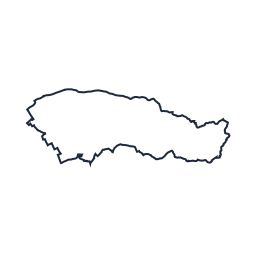 Cornesti, Cluj, Romania (Natural Earth projection), rotated 132°
{"feature_id": "2599482B95174876937173", "entity_name": "Cornesti", "entity_type": "district", "adm_level": 2, "iso_a3": "ROU", "parent_name": "Romania", "parent_adm1": "Cluj", "projection": "natural_earth1", "projection_center": [23.687, 47.03], "detail": "fine", "context": "isolated", "style": "outline", "palette": "slate", "viewbox_px": 256, "rotation_deg": 132, "n_neighbors": 0, "source": "geoboundaries", "source_scale": "gbopen_adm2", "svg_char_len": 5623}
<svg xmlns="http://www.w3.org/2000/svg" viewBox="0 0 256 256"><g transform="rotate(132 128 128)"><path d="M181.8,215.2L182.0,214.3L181.8,214.3L182.8,211.5L183.7,208.4L184.7,204.2L185.0,204.3L185.7,204.3L186.0,204.5L186.2,204.9L186.0,205.4L186.2,205.8L187.2,205.6L187.7,205.8L190.3,206.0L191.2,206.4L192.0,206.3L192.1,203.6L190.1,203.5L190.8,200.4L188.9,199.6L189.5,198.6L189.7,197.6L189.7,196.7L189.7,196.2L190.0,194.1L190.0,193.5L189.9,193.4L190.0,193.3L190.0,193.2L189.5,192.1L189.1,190.9L189.0,189.9L188.3,187.9L188.0,187.1L187.4,186.2L187.7,185.7L188.4,186.1L189.9,186.3L190.3,186.2L190.7,186.3L191.6,186.3L192.2,185.2L193.4,183.3L192.8,182.7L191.9,182.3L193.3,179.2L194.5,176.1L192.8,175.6L191.9,175.1L190.4,174.5L193.1,168.4L191.1,167.5L190.1,167.2L191.0,165.0L191.2,164.2L191.5,163.6L192.1,160.8L192.7,161.0L194.9,162.2L195.8,160.3L198.4,155.6L198.9,154.3L198.3,153.9L195.8,153.1L194.5,152.4L190.9,150.8L190.6,150.3L189.4,149.1L187.9,148.3L186.1,146.8L185.3,146.4L184.5,146.2L183.5,146.2L181.0,147.4L180.7,147.1L179.9,146.1L179.7,145.8L179.8,145.7L178.5,144.4L180.3,143.7L181.1,144.8L181.3,144.8L181.4,145.2L181.9,145.7L182.4,145.3L182.2,144.9L182.4,144.6L182.8,143.5L182.4,141.9L182.1,141.4L181.2,139.1L181.8,138.7L181.7,138.6L181.2,137.6L180.9,137.3L180.4,137.2L179.9,136.5L180.2,136.3L179.7,135.4L178.5,134.3L179.8,132.1L179.1,132.5L176.0,132.6L173.3,132.9L173.3,133.2L173.1,133.2L171.3,134.2L170.5,134.6L169.1,134.8L169.4,133.9L169.2,132.9L169.2,131.8L167.5,131.6L163.5,131.6L163.4,131.8L162.6,132.0L161.0,132.2L160.1,131.1L159.2,130.9L157.6,129.4L156.4,128.7L156.2,128.3L156.3,127.4L156.0,125.7L156.1,124.5L156.4,123.7L156.2,123.1L154.2,124.1L152.7,124.4L152.2,124.6L148.2,124.2L145.6,123.0L145.1,122.7L144.7,121.8L144.6,121.2L143.6,120.1L141.9,117.7L140.9,116.0L140.2,114.4L139.2,112.9L138.2,111.8L137.7,110.8L137.5,109.9L137.8,109.4L139.6,105.4L137.7,104.3L138.0,103.6L138.0,103.3L137.4,101.0L137.7,99.8L137.9,98.7L137.8,98.3L136.9,98.6L135.9,97.6L134.9,96.9L133.8,95.4L133.1,93.4L132.9,92.9L133.0,92.1L133.3,91.7L133.0,90.6L132.8,89.5L132.6,89.0L132.7,88.3L132.4,87.4L132.5,86.6L132.2,86.4L132.1,85.9L131.9,85.6L131.3,85.3L130.8,84.7L130.2,84.4L129.3,83.7L129.1,83.6L128.9,83.7L128.6,83.2L128.0,82.7L127.6,82.5L124.6,82.0L123.3,82.0L121.4,82.2L120.6,82.0L119.5,81.9L116.2,80.6L115.5,80.1L115.6,78.8L116.2,77.9L116.8,75.4L117.4,75.0L117.7,74.7L118.2,73.8L118.0,73.3L117.6,72.9L117.1,71.5L115.8,70.6L115.4,69.8L114.9,69.5L114.6,68.7L114.3,68.1L114.2,67.7L113.9,67.2L113.9,66.3L113.0,65.1L112.8,64.5L112.8,64.0L113.0,63.5L112.9,63.1L113.3,62.6L113.0,61.8L112.4,61.3L111.9,61.1L111.9,60.8L112.1,60.7L110.4,59.2L108.9,58.0L108.7,57.7L108.4,57.0L108.1,56.8L107.9,56.4L107.8,56.1L107.2,55.5L106.7,55.1L105.7,54.8L105.4,54.7L104.9,55.0L104.0,52.9L102.8,51.2L101.8,50.3L100.0,49.1L99.9,48.6L100.1,46.8L100.0,45.7L99.3,44.4L98.8,43.9L97.9,43.6L96.7,43.4L96.2,44.0L95.4,44.0L90.7,42.9L91.3,42.6L88.8,40.3L88.6,40.6L88.4,40.6L88.1,40.4L87.8,40.4L87.3,40.7L87.3,40.8L87.5,41.1L87.2,41.3L87.1,41.2L86.9,40.9L86.7,40.8L85.5,41.3L85.1,42.3L84.7,42.5L84.3,43.2L84.0,43.5L83.6,43.6L83.3,43.8L82.5,43.5L82.1,43.6L81.5,44.3L79.8,46.0L77.9,45.8L77.4,45.5L77.1,45.7L76.2,45.8L75.9,46.0L75.9,46.3L74.9,46.3L74.0,46.1L73.4,46.1L72.9,46.4L70.9,46.7L70.6,46.8L70.7,47.3L69.8,47.5L68.9,47.6L67.5,47.2L66.8,47.2L65.7,47.6L65.6,48.0L65.4,48.7L65.1,49.1L65.7,50.4L66.3,51.1L66.8,52.2L66.6,52.6L65.7,53.5L65.4,54.2L64.9,54.4L64.3,55.0L62.7,55.3L61.3,55.4L60.9,55.5L60.1,56.0L57.7,57.0L57.3,57.3L57.1,58.1L57.6,59.1L57.6,60.0L58.0,60.9L58.1,61.1L58.0,61.4L58.2,62.1L57.8,63.3L59.2,63.4L60.5,64.1L62.0,64.6L62.9,64.6L65.1,64.4L65.2,64.6L66.2,65.5L66.4,65.9L66.4,67.2L66.1,68.3L66.2,68.6L67.3,69.5L68.4,69.8L68.7,70.2L69.1,71.1L69.3,71.2L70.2,71.5L70.9,71.9L71.4,72.4L72.0,73.3L73.7,73.4L74.0,73.0L75.3,73.2L75.8,73.5L76.3,74.1L76.7,74.4L77.5,74.4L78.7,75.3L79.7,75.6L80.3,75.9L81.1,76.5L81.1,76.9L81.0,77.3L81.1,77.9L80.7,78.6L80.1,79.1L80.0,79.4L79.6,79.9L79.9,81.1L79.0,81.2L79.1,81.4L79.5,83.4L78.6,83.6L80.0,85.1L81.1,84.9L81.2,85.1L81.3,85.8L81.1,86.6L80.4,88.4L81.2,89.9L81.1,90.0L81.0,91.6L81.2,92.9L81.9,94.3L82.0,95.3L82.2,96.1L82.3,96.4L83.6,96.8L84.1,97.3L84.7,97.7L86.3,99.2L86.1,99.5L86.2,100.4L86.8,101.0L86.9,101.7L87.4,102.4L87.6,102.8L87.8,103.9L87.6,104.5L86.3,105.5L87.9,106.9L88.5,107.3L88.8,107.8L89.1,108.7L89.1,109.4L89.5,110.3L89.7,110.6L90.6,111.5L90.9,112.0L91.6,113.0L92.7,114.0L92.9,114.5L92.9,114.9L92.7,115.2L91.9,116.7L90.8,117.9L90.6,118.3L90.5,118.8L89.2,121.0L89.2,121.5L89.5,122.6L89.3,123.5L89.5,125.3L89.4,126.0L89.4,126.6L89.2,127.3L89.2,128.4L89.3,128.8L90.1,129.4L90.3,129.4L90.6,129.6L91.1,129.8L91.7,130.2L92.6,130.4L93.2,130.8L93.7,131.4L93.9,131.8L93.8,132.6L93.9,133.1L93.7,134.3L93.9,135.1L94.6,136.9L96.1,138.8L97.2,139.3L97.9,140.1L98.8,141.8L99.9,143.2L100.3,143.4L100.7,143.9L101.3,144.1L101.9,144.6L104.1,145.2L104.5,145.4L104.9,145.7L105.2,147.7L105.4,148.3L105.6,149.0L106.0,149.5L106.6,150.8L107.6,153.4L109.6,155.7L109.9,156.4L111.2,158.0L112.3,160.3L113.2,162.6L113.8,163.5L114.7,164.9L115.1,166.7L115.9,169.1L116.9,170.2L117.7,171.9L118.8,173.4L119.4,174.7L120.0,175.2L120.8,176.1L122.1,177.3L123.8,178.6L125.5,179.8L126.6,180.7L126.9,181.2L127.7,182.0L131.0,184.6L132.8,187.0L133.8,188.0L134.3,189.2L134.5,190.0L134.6,191.7L135.5,192.9L137.1,195.9L140.2,199.3L142.6,200.9L142.5,201.0L146.1,202.8L148.7,204.3L154.2,207.1L156.4,208.7L158.4,210.6L160.7,212.2L161.0,211.8L161.5,212.1L164.5,213.0L165.5,213.6L166.5,214.4L167.7,214.9L170.4,215.7L171.0,214.1L171.9,213.7L173.3,213.5L175.1,213.7L177.9,214.7L179.2,215.0L181.8,215.2Z" fill="none" stroke="#1e293b" stroke-width="2"/></g></svg>